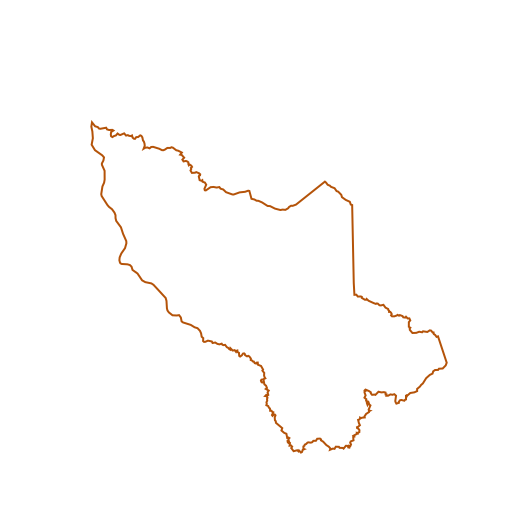 the district of Nova Crixás, Goiás, Brazil, rotated 317°
{"feature_id": "56859067B29339668387450", "entity_name": "Nova Crixás", "entity_type": "district", "adm_level": 2, "iso_a3": "BRA", "parent_name": "Brazil", "parent_adm1": "Goiás", "projection": "orthographic", "projection_center": [-50.603, -14.03], "detail": "fine", "context": "isolated", "style": "outline", "palette": "amber", "viewbox_px": 512, "rotation_deg": 317, "n_neighbors": 0, "source": "geoboundaries", "source_scale": "gbopen_adm2", "svg_char_len": 6116}
<svg xmlns="http://www.w3.org/2000/svg" viewBox="0 0 512 512"><g transform="rotate(317 256 256)"><path d="M161.2,278.0L161.4,280.1L159.3,282.1L159.4,283.3L160.4,284.2L163.1,285.1L165.4,288.4L164.9,290.0L167.2,291.5L167.8,293.9L169.0,295.7L171.1,296.7L170.9,297.9L171.3,298.9L172.8,299.9L172.5,302.8L173.1,304.5L172.9,305.8L173.3,307.0L174.4,306.1L174.5,309.3L176.2,310.3L176.0,312.4L177.0,312.0L177.9,312.4L177.0,313.6L177.5,315.2L175.6,317.6L175.8,318.7L177.9,319.0L179.9,318.5L180.9,319.1L181.0,320.0L180.4,321.1L181.0,323.3L182.2,323.7L182.6,324.9L182.3,327.5L181.2,328.5L181.8,329.7L181.8,331.1L182.4,331.7L182.0,333.5L182.7,334.7L183.7,334.4L184.6,335.1L183.3,336.9L184.7,339.9L183.7,343.9L182.5,344.2L182.3,347.1L180.4,348.9L179.6,350.5L179.4,351.8L176.6,350.9L175.7,350.2L174.7,350.4L174.1,351.5L174.1,352.5L174.7,353.1L176.3,352.9L174.6,355.6L174.9,357.7L174.0,360.0L172.5,359.9L173.5,363.1L171.5,363.6L170.2,366.0L169.3,365.9L168.8,364.6L167.3,364.7L168.0,365.5L167.7,367.5L166.5,368.1L165.5,369.5L163.9,370.1L163.1,371.4L161.8,372.2L162.6,374.1L162.0,375.7L162.2,377.0L160.8,378.9L161.8,379.7L161.6,380.9L162.1,382.1L159.2,383.2L159.1,384.2L160.8,384.1L161.6,384.6L161.6,385.8L159.5,386.9L157.8,389.1L157.8,390.3L156.8,391.6L157.8,399.8L155.6,401.0L156.0,404.6L157.0,406.7L154.8,410.3L155.9,410.8L156.2,411.9L154.7,412.1L154.1,413.2L152.9,412.8L152.3,413.8L153.2,414.6L152.4,415.2L153.2,416.0L151.2,417.6L152.4,418.4L152.4,420.1L150.8,420.5L150.4,424.4L153.7,426.2L153.8,427.8L154.8,427.5L154.8,430.4L156.0,430.7L158.0,429.6L159.6,430.2L159.2,429.3L160.8,427.6L162.0,427.8L163.0,427.2L164.5,427.7L166.4,427.6L167.2,428.0L168.8,429.9L170.1,430.5L171.9,430.3L173.8,432.0L176.1,431.4L178.3,433.2L178.5,434.5L177.8,435.1L178.5,437.6L178.5,442.3L179.2,445.1L179.1,447.6L178.0,448.2L180.9,449.3L181.9,450.6L184.3,449.9L186.5,452.1L186.3,453.3L188.6,455.6L188.7,456.6L192.3,456.1L192.9,456.7L193.6,457.5L192.9,458.9L193.5,459.7L194.7,458.4L195.2,459.4L197.0,458.6L197.5,456.8L198.8,456.2L201.6,457.3L203.6,454.7L204.6,455.1L204.6,453.9L208.4,454.9L209.0,454.2L209.4,455.3L210.3,454.8L211.4,455.3L212.9,453.9L213.1,452.2L212.6,450.8L213.1,450.1L213.9,450.5L216.6,450.6L217.3,448.4L218.9,445.5L220.0,446.0L221.1,445.9L221.9,445.2L222.2,446.2L223.3,446.6L225.4,448.2L225.9,447.3L228.9,446.6L232.2,447.2L232.7,446.6L233.8,446.9L233.3,446.1L233.6,445.2L237.8,443.3L237.6,441.9L238.3,440.2L236.0,441.0L236.9,438.9L238.4,438.6L237.8,436.9L239.0,436.0L238.7,433.6L241.1,432.7L242.3,429.8L243.0,429.1L244.2,429.4L244.0,428.4L245.0,428.4L246.5,431.8L247.0,434.0L246.3,434.8L246.2,436.7L248.1,438.1L248.6,439.0L253.0,438.8L254.7,441.3L256.7,442.8L257.6,444.2L256.4,445.6L257.0,446.2L256.0,447.1L257.4,448.3L259.9,448.9L261.2,450.6L262.9,451.4L263.1,453.7L258.9,457.1L258.3,458.4L258.0,459.7L260.4,460.8L260.9,460.1L262.9,459.7L264.1,460.4L265.8,463.0L266.9,462.8L267.9,463.2L270.2,460.7L270.7,461.4L271.4,460.7L272.1,461.3L275.4,461.4L278.8,463.7L281.7,464.7L283.2,463.1L286.9,463.3L288.7,462.9L291.1,463.0L297.1,461.4L302.1,461.5L304.9,462.4L306.9,461.2L309.2,461.5L311.5,463.5L312.9,463.2L315.8,465.6L320.1,465.4L322.7,464.1L334.3,438.9L332.9,438.3L333.2,435.9L332.8,434.4L333.7,433.0L333.0,432.5L333.2,430.0L332.4,428.9L329.5,428.4L326.8,425.0L325.5,425.1L323.7,422.7L320.8,421.5L317.9,419.0L318.1,415.0L319.0,413.8L319.9,413.7L319.5,412.0L322.7,408.6L324.9,408.3L325.6,406.2L324.3,405.1L324.3,402.7L323.1,402.8L321.9,401.3L322.2,399.9L320.9,397.3L319.9,397.2L319.4,395.6L318.3,395.5L315.9,394.4L314.3,392.8L314.3,391.5L315.6,391.1L316.0,390.0L316.1,388.6L315.2,387.6L316.0,386.9L315.9,385.9L316.5,384.9L315.5,382.1L315.9,378.6L313.6,377.3L312.7,376.2L312.6,373.9L311.9,373.0L311.0,372.8L310.0,370.8L307.8,365.5L307.6,362.9L306.8,363.2L305.8,362.2L304.8,358.8L305.5,358.1L305.1,357.1L302.8,355.1L303.0,352.7L301.5,351.5L309.1,342.4L361.1,284.3L360.4,283.0L361.6,280.3L359.9,276.2L359.0,271.6L360.1,269.4L360.0,265.0L359.2,263.5L359.7,260.0L358.0,256.5L358.0,255.0L357.0,252.8L357.3,250.0L357.1,248.6L320.3,245.7L317.0,244.3L316.0,243.2L313.7,242.7L312.0,243.0L309.0,242.3L307.1,240.2L305.2,239.0L302.2,234.3L300.3,229.1L298.6,227.3L297.0,221.0L295.4,217.3L294.1,215.9L293.4,213.6L291.7,211.1L295.5,203.9L294.8,202.9L291.8,201.6L287.4,198.3L281.6,195.8L280.7,194.9L277.6,188.9L277.4,185.0L276.0,182.6L276.2,180.6L273.9,179.1L272.0,176.5L269.7,174.7L264.0,173.8L263.4,173.0L264.1,171.7L268.2,169.9L268.7,167.4L267.6,165.3L268.4,164.0L267.5,163.9L266.5,162.1L268.4,158.8L269.4,158.4L270.1,158.8L270.9,158.2L270.8,156.7L269.5,153.9L268.2,153.5L265.8,151.5L266.4,148.8L268.0,148.2L268.4,147.2L270.0,147.2L270.3,145.8L269.8,143.7L268.8,143.8L269.2,142.7L270.4,141.4L270.3,140.3L269.6,138.7L267.5,137.4L267.9,135.3L270.5,135.1L270.6,131.5L269.7,130.2L272.3,129.8L270.9,125.9L269.8,124.3L269.1,120.1L268.3,118.8L267.0,118.5L264.9,116.5L261.7,116.0L260.3,115.4L259.4,114.4L258.4,111.6L255.2,106.0L253.7,104.8L251.6,104.7L250.6,102.6L248.9,101.3L247.0,100.9L249.8,99.5L251.1,97.8L252.1,95.7L252.1,94.5L253.8,91.7L254.1,89.9L253.6,88.8L250.9,88.6L249.5,87.4L247.4,87.8L246.7,87.0L246.5,85.3L247.5,83.3L246.4,83.1L245.1,81.5L244.7,80.2L243.1,79.3L243.2,76.4L239.3,75.0L238.7,74.2L238.3,72.0L235.8,72.3L233.9,71.4L232.1,71.1L231.7,69.6L232.6,68.2L234.6,66.5L237.3,67.0L237.0,65.8L234.5,63.7L233.4,61.8L233.9,60.0L228.9,56.8L228.1,55.7L228.2,53.8L226.8,51.4L227.2,46.4L223.8,49.1L221.2,53.4L217.0,58.6L211.7,62.5L210.4,68.8L212.2,77.5L212.1,80.2L209.5,82.1L206.4,83.2L205.5,84.2L203.4,90.4L197.4,96.9L194.9,98.8L191.1,100.4L185.0,105.2L184.0,106.9L182.1,117.4L182.0,119.8L182.6,123.6L182.1,127.7L181.1,130.3L179.1,132.5L177.7,135.0L176.8,142.9L173.9,149.1L171.3,156.6L169.9,158.3L165.6,160.9L159.2,162.3L155.4,164.0L153.2,165.9L152.0,168.1L151.9,169.1L152.4,170.3L156.3,174.4L157.6,176.6L157.7,178.9L156.2,182.0L157.4,188.0L156.1,196.1L157.2,199.6L160.8,204.7L161.4,207.2L161.3,225.1L159.9,227.8L155.1,233.6L154.1,235.5L153.8,237.8L154.5,242.4L157.4,245.4L159.4,246.8L159.1,249.7L157.0,253.1L157.3,254.8L161.3,261.9L162.5,266.3L164.0,268.9L164.0,272.5L163.1,275.1L161.2,278.0Z" fill="none" stroke="#b45309" stroke-width="2"/></g></svg>